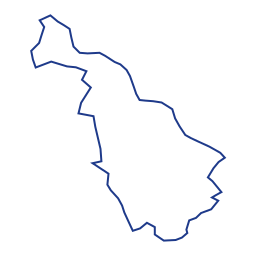 the district of Alayköy, Cyprus
{"feature_id": "46923920B56157666761112", "entity_name": "Alayköy", "entity_type": "district", "adm_level": 2, "iso_a3": "CYP", "parent_name": "Cyprus", "parent_adm1": "", "projection": "equal_earth", "projection_center": [33.249, 35.201], "detail": "fine", "context": "isolated", "style": "outline", "palette": "blue", "viewbox_px": 256, "rotation_deg": 0, "n_neighbors": 0, "source": "geoboundaries", "source_scale": "gbopen_adm2", "svg_char_len": 1017}
<svg xmlns="http://www.w3.org/2000/svg" viewBox="0 0 256 256"><path d="M35.7,67.5L51.2,61.6L67.0,66.4L75.9,67.3L86.4,71.2L82.0,79.8L90.8,87.5L81.1,102.8L78.5,113.4L93.5,116.2L95.3,126.8L100.5,148.9L101.4,161.3L92.6,163.2L108.5,173.7L107.4,184.7L110.8,190.3L118.1,198.3L122.1,205.6L124.3,212.4L128.8,222.2L132.8,230.8L140.1,228.4L146.9,222.8L154.8,227.1L154.8,234.5L163.8,240.6L175.7,240.0L181.9,237.6L187.3,233.0L186.4,229.6L189.2,220.4L196.0,217.9L201.1,213.0L211.2,209.3L218.2,200.7L212.0,197.5L215.8,195.2L221.4,192.1L212.4,181.1L207.9,177.4L213.5,168.2L218.6,162.0L224.8,157.7L220.3,152.8L209.5,146.7L198.8,141.8L190.9,138.1L185.3,135.0L179.6,126.4L175.1,118.4L172.3,109.2L161.6,102.5L153.1,101.2L145.2,100.6L139.6,100.0L136.2,93.9L133.9,87.1L130.0,76.1L126.6,70.0L120.4,64.4L114.7,62.0L105.1,55.8L99.5,52.8L87.6,53.4L79.7,52.8L73.5,46.6L71.3,37.4L69.6,28.9L63.9,25.2L57.7,21.5L50.4,15.4L39.7,20.3L44.2,27.0L41.4,35.6L39.1,43.0L31.2,50.9L32.9,59.5L35.7,67.5Z" fill="none" stroke="#1e3a8a" stroke-width="2"/></svg>